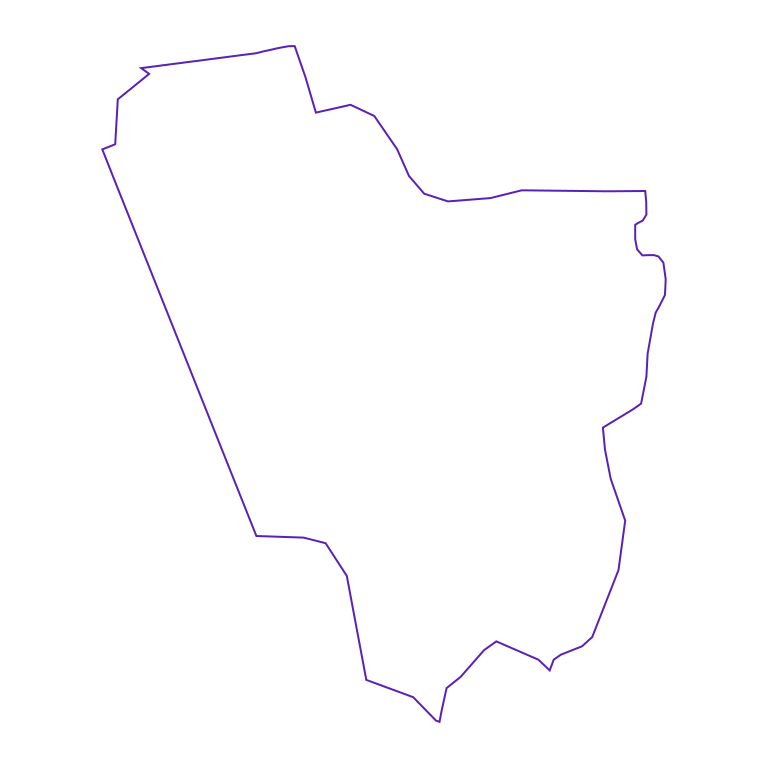 Kas, Southern Darfur, Sudan
{"feature_id": "16777658B26815240232488", "entity_name": "Kas", "entity_type": "district", "adm_level": 2, "iso_a3": "SDN", "parent_name": "Sudan", "parent_adm1": "Southern Darfur", "projection": "orthographic", "projection_center": [24.119, 12.446], "detail": "fine", "context": "isolated", "style": "outline", "palette": "violet", "viewbox_px": 768, "rotation_deg": 0, "n_neighbors": 0, "source": "geoboundaries", "source_scale": "gbopen_adm2", "svg_char_len": 1697}
<svg xmlns="http://www.w3.org/2000/svg" viewBox="0 0 768 768"><path d="M625.2,520.6L610.7,478.8L605.0,449.7L602.9,427.6L633.0,409.3L637.9,405.9L641.1,403.6L646.4,376.8L647.6,353.9L652.9,323.9L655.7,312.6L658.5,307.7L662.3,300.3L664.9,295.1L665.3,288.4L665.7,279.1L663.4,262.7L658.5,256.5L654.0,255.1L648.7,255.1L642.4,255.4L637.1,249.3L635.2,239.2L635.2,224.8L638.4,222.8L642.7,220.6L646.4,214.6L646.2,201.5L645.2,191.0L607.4,191.3L521.8,190.3L490.3,198.1L448.0,201.4L424.2,193.7L409.0,176.0L397.1,149.2L374.3,116.0L350.5,104.8L315.9,112.6L305.5,77.3L294.7,46.1L292.5,46.1L290.3,46.2L289.7,46.2L288.6,46.2L285.2,46.8L283.6,47.1L282.4,47.3L276.7,48.4L272.5,49.4L270.2,49.9L269.6,50.1L269.1,50.2L267.6,50.5L267.0,50.6L262.9,51.5L259.6,52.4L259.0,52.5L256.7,53.1L256.1,53.2L253.6,53.6L250.9,53.9L249.5,54.1L247.8,54.3L233.0,56.2L200.9,60.4L197.3,60.9L193.8,61.3L192.3,61.5L189.8,61.8L189.3,61.9L186.6,62.2L184.3,62.5L181.7,62.9L173.5,63.9L166.7,64.8L165.7,65.0L163.4,65.2L154.0,66.5L152.6,66.6L151.5,66.8L150.4,66.9L150.1,67.0L149.7,67.0L148.5,67.2L147.6,67.3L146.7,67.4L145.3,67.6L144.0,67.7L142.7,67.9L141.2,68.1L142.4,69.0L143.3,69.7L143.8,70.0L145.5,71.2L146.4,71.9L148.0,73.0L148.4,73.3L149.1,73.9L136.7,84.0L117.8,99.3L116.8,116.9L115.7,135.3L115.3,142.9L115.3,143.6L115.3,143.9L115.2,144.2L114.0,144.8L113.4,145.0L111.9,145.6L109.1,146.7L103.5,148.9L102.3,149.4L118.2,189.5L121.6,198.0L256.4,536.0L303.5,537.6L325.6,543.2L346.8,575.9L366.3,679.9L413.2,697.2L435.9,720.5L439.5,721.9L441.7,710.3L446.6,688.1L460.6,676.9L484.1,650.1L496.3,641.4L538.4,659.7L549.7,670.4L553.7,659.7L560.8,654.7L582.0,646.3L592.2,637.1L618.5,570.0L625.2,520.6Z" fill="none" stroke="#5b21b6" stroke-width="2"/></svg>